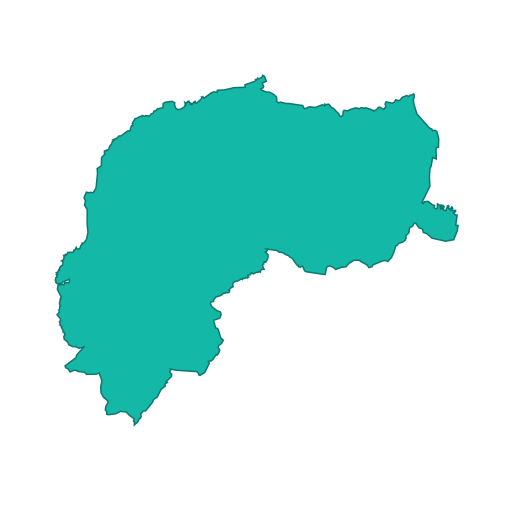 the district of Way Kanan, Lampung, Indonesia, rotated 11°
{"feature_id": "22746128B8708218473228", "entity_name": "Way Kanan", "entity_type": "district", "adm_level": 2, "iso_a3": "IDN", "parent_name": "Indonesia", "parent_adm1": "Lampung", "projection": "orthographic", "projection_center": [104.536, -4.573], "detail": "fine", "context": "isolated", "style": "filled", "palette": "teal", "viewbox_px": 512, "rotation_deg": 11, "n_neighbors": 0, "source": "geoboundaries", "source_scale": "gbopen_adm2", "svg_char_len": 5978}
<svg xmlns="http://www.w3.org/2000/svg" viewBox="0 0 512 512"><g transform="rotate(11 256 256)"><path d="M168.8,445.1L171.3,441.9L172.2,440.1L172.0,438.8L173.7,437.0L173.9,435.4L172.9,433.1L175.0,429.8L177.2,429.1L182.3,419.5L182.9,416.3L185.9,413.5L188.3,405.0L191.8,400.9L191.0,399.0L193.1,397.1L191.9,396.5L195.9,390.5L195.8,388.1L193.2,386.2L193.9,384.3L193.4,383.3L199.1,383.4L219.7,380.8L221.5,381.7L222.8,383.8L223.9,383.8L227.7,380.3L228.4,378.8L230.6,370.0L229.3,368.9L229.4,368.3L232.0,367.6L233.5,365.7L235.7,360.5L236.7,360.8L237.7,358.8L238.4,355.4L236.3,352.9L236.3,351.4L238.8,348.4L240.0,344.9L237.0,343.1L233.0,335.4L231.9,334.4L230.1,334.3L226.5,327.2L231.8,324.3L232.5,323.3L232.9,319.8L231.5,317.6L228.5,317.3L222.5,314.3L220.4,311.8L220.7,309.6L223.0,308.7L222.8,307.1L224.6,303.8L227.8,302.2L230.0,300.6L231.1,298.7L232.7,298.6L233.0,297.6L235.6,297.5L236.5,296.7L236.8,295.1L235.9,294.6L237.2,292.3L239.4,290.5L238.3,287.7L239.8,285.3L242.9,284.0L246.1,281.2L247.2,281.7L247.6,280.3L249.2,280.1L250.3,279.1L251.8,279.3L252.8,278.1L251.7,277.5L251.9,276.3L254.3,275.4L254.3,273.7L255.2,273.3L256.8,274.1L259.7,271.9L261.1,271.7L261.6,270.6L263.3,271.1L263.3,269.4L264.5,267.9L266.5,267.5L264.5,264.7L264.3,263.0L265.1,262.2L265.1,260.2L266.5,260.3L267.1,259.6L268.1,255.7L267.7,252.6L264.6,250.5L265.2,250.4L266.3,247.8L264.9,247.1L275.6,246.6L277.8,247.8L282.4,247.6L284.1,248.8L287.7,249.4L289.8,250.8L291.8,251.2L297.7,256.9L299.2,257.0L299.7,258.4L301.6,258.6L301.7,258.0L303.9,257.2L306.4,261.2L308.1,261.9L326.9,261.1L327.5,260.9L327.4,254.4L328.0,252.8L330.4,251.6L334.4,252.5L336.6,254.0L338.1,253.4L338.2,252.7L340.4,252.1L341.2,251.1L346.4,249.4L348.8,245.3L353.2,241.4L358.6,240.4L359.4,241.3L366.5,243.5L369.1,245.8L371.9,244.4L372.6,242.3L381.5,236.5L384.1,235.7L386.5,236.2L389.3,231.6L390.7,225.6L391.2,219.4L392.5,218.7L393.6,216.4L397.3,214.4L399.4,212.1L399.9,209.8L399.2,207.4L401.7,204.1L401.3,199.3L404.2,196.5L404.5,194.6L405.8,193.4L406.6,193.4L410.5,197.2L414.2,197.8L415.8,201.0L419.4,201.4L425.3,204.9L439.1,205.3L447.0,202.3L448.7,193.3L448.6,187.5L446.2,187.7L445.6,177.4L443.8,177.6L441.4,175.8L443.4,174.5L443.2,173.2L439.2,173.9L440.0,171.6L438.9,170.4L437.4,173.4L435.9,172.2L435.8,170.3L435.2,169.8L434.2,170.4L434.6,171.9L433.9,172.8L433.9,175.1L432.9,175.4L430.8,174.7L431.3,171.7L429.9,170.6L427.9,170.8L429.7,173.4L428.2,174.7L427.2,171.4L424.2,170.2L424.8,174.6L423.8,175.4L421.6,174.6L421.7,172.4L419.4,172.1L414.4,169.5L410.8,170.7L410.1,172.6L408.6,171.9L413.4,154.3L411.4,146.6L410.1,137.6L410.8,134.0L410.6,125.7L414.5,126.4L412.4,117.4L412.4,115.0L414.4,114.5L413.0,106.1L409.7,99.1L407.8,98.5L405.3,99.3L404.6,98.0L401.4,97.0L386.8,85.8L382.1,77.0L380.4,71.7L381.1,70.7L380.4,67.3L379.5,66.9L378.7,68.2L376.6,68.7L375.9,70.1L373.2,69.8L369.0,72.6L367.8,75.4L366.0,76.3L363.4,76.0L362.2,78.9L360.5,80.0L354.3,79.8L353.7,82.2L355.0,84.4L353.3,87.8L349.5,86.3L347.6,86.8L346.8,88.8L344.0,91.3L343.0,90.5L342.4,90.9L340.6,90.1L335.1,89.6L334.8,90.2L330.9,90.3L329.3,91.7L325.7,91.5L320.2,94.4L318.5,96.0L314.7,96.2L314.0,97.7L314.4,101.1L313.0,103.0L311.9,102.9L310.0,100.6L303.9,96.4L301.1,95.6L299.9,94.0L297.9,93.1L296.0,94.2L294.7,93.7L294.7,95.6L292.5,94.7L285.9,98.9L279.9,99.3L275.5,102.4L273.1,99.4L259.1,100.0L256.4,100.6L250.4,100.3L248.6,101.4L246.8,100.2L245.9,96.1L242.1,93.8L237.3,92.5L235.2,93.1L229.1,92.0L228.8,90.8L230.9,89.6L231.2,88.1L229.1,85.1L232.8,82.5L230.1,78.0L228.1,77.3L227.8,79.2L225.2,81.5L223.5,81.1L223.2,82.7L221.9,82.9L222.4,83.7L221.5,84.8L212.5,90.0L213.3,92.4L202.2,95.0L193.0,99.1L186.4,100.7L186.6,102.8L183.3,102.9L180.9,104.4L175.0,110.9L173.5,109.8L173.3,110.4L172.2,110.4L172.7,111.2L172.4,112.1L168.6,117.2L167.3,117.4L167.0,115.9L165.9,116.3L164.2,119.5L163.6,118.9L162.7,119.7L162.2,119.0L162.9,118.5L161.5,118.2L160.2,116.2L160.4,116.8L159.3,117.4L159.7,118.2L158.2,118.8L158.2,119.6L156.9,118.9L158.1,121.3L157.5,121.5L157.6,122.8L154.4,126.1L151.5,127.2L148.8,126.1L147.1,122.8L147.1,121.1L144.1,120.2L137.3,122.5L135.8,124.1L136.3,128.2L131.1,130.4L130.1,132.4L128.2,133.2L127.8,135.5L126.0,136.5L124.8,138.9L121.2,139.2L120.0,140.1L117.4,139.8L117.2,140.9L115.7,141.0L112.1,144.0L111.1,144.1L109.3,149.4L110.2,151.5L108.9,152.0L108.3,157.3L106.3,157.6L100.6,163.8L98.5,164.4L97.0,166.9L93.5,169.2L94.5,169.5L93.2,171.0L92.8,173.8L91.4,176.1L91.3,178.7L89.9,180.7L88.9,180.6L88.8,181.3L87.2,181.7L87.5,184.1L88.3,184.7L85.6,188.8L87.0,197.0L83.4,200.4L84.7,205.4L86.0,219.8L84.1,224.9L81.1,225.1L80.3,225.8L77.3,225.7L76.2,230.8L76.2,232.0L78.1,234.1L77.9,238.7L81.4,242.6L84.2,257.0L86.5,264.6L86.5,271.9L84.4,276.2L82.8,276.5L83.0,277.9L82.2,278.7L81.5,282.7L79.0,283.3L77.9,281.8L77.0,284.8L76.0,285.0L76.3,285.9L75.6,287.2L70.6,288.4L69.8,291.0L68.6,290.8L68.7,291.8L67.1,292.1L67.8,293.1L67.8,296.2L66.1,297.9L67.2,298.0L68.0,300.2L67.7,302.3L66.7,302.7L65.5,304.9L65.8,307.3L65.0,307.1L64.6,309.5L63.3,310.4L64.4,310.9L64.8,312.0L63.5,312.2L64.8,314.6L63.7,315.3L63.6,318.1L64.3,318.5L64.5,320.1L66.1,321.1L70.6,319.8L71.6,318.2L77.1,314.4L77.7,316.4L77.3,317.9L73.4,318.7L73.1,320.6L67.4,322.1L67.2,323.5L67.4,326.7L72.7,333.5L72.0,334.7L72.8,335.4L71.9,336.7L72.6,337.8L71.9,339.0L72.5,341.0L73.6,342.2L72.9,342.8L73.3,345.7L72.8,346.4L73.6,348.7L71.9,351.6L76.2,355.1L76.3,356.9L75.6,357.9L77.2,360.6L76.6,361.2L78.8,362.3L78.6,363.2L81.3,366.5L81.0,367.3L82.1,367.3L82.8,369.0L83.6,369.3L82.7,371.9L83.7,374.4L87.3,376.2L89.3,378.9L93.4,380.0L95.8,379.4L99.8,380.3L103.4,378.8L105.0,377.2L99.0,387.1L98.7,390.2L89.5,400.3L90.5,402.0L93.3,402.8L95.6,405.3L98.5,403.2L101.0,402.5L103.2,403.3L109.9,402.8L112.3,404.5L122.1,402.3L124.3,400.8L128.0,406.7L128.6,409.1L128.5,414.0L130.0,419.8L133.2,423.7L137.8,426.3L138.9,427.9L137.4,431.6L137.3,434.5L137.7,436.3L139.3,437.3L139.6,439.8L141.2,440.0L148.3,437.7L152.6,434.4L158.4,433.9L161.9,436.4L167.7,439.2L167.2,441.2L168.4,442.4L168.8,445.1Z" fill="#14b8a6" stroke="#0f766e" stroke-width="1.5"/></g></svg>